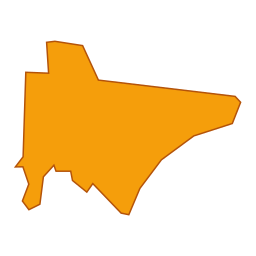 Trousdale, Tennessee, United States of America (Mercator projection)
{"feature_id": "52423323B18909606925754", "entity_name": "Trousdale", "entity_type": "district", "adm_level": 2, "iso_a3": "USA", "parent_name": "United States of America", "parent_adm1": "Tennessee", "projection": "mercator", "projection_center": [-86.184, 36.391], "detail": "fine", "context": "isolated", "style": "filled", "palette": "amber", "viewbox_px": 256, "rotation_deg": 0, "n_neighbors": 0, "source": "geoboundaries", "source_scale": "gbopen_adm2", "svg_char_len": 451}
<svg xmlns="http://www.w3.org/2000/svg" viewBox="0 0 256 256"><path d="M54.9,41.3L46.6,42.3L48.6,73.2L25.8,72.3L23.1,156.8L15.4,166.9L22.9,166.8L28.8,184.1L22.4,201.0L28.9,209.7L39.9,204.2L43.4,176.8L53.9,165.2L56.0,171.2L70.7,171.2L72.5,180.5L86.8,192.1L92.8,183.6L121.1,213.1L128.8,214.7L139.9,188.4L161.4,159.8L193.8,135.9L232.3,123.5L240.6,102.3L235.1,96.4L98.4,80.1L82.6,45.6L54.9,41.3Z" fill="#f59e0b" stroke="#b45309" stroke-width="1.5"/></svg>